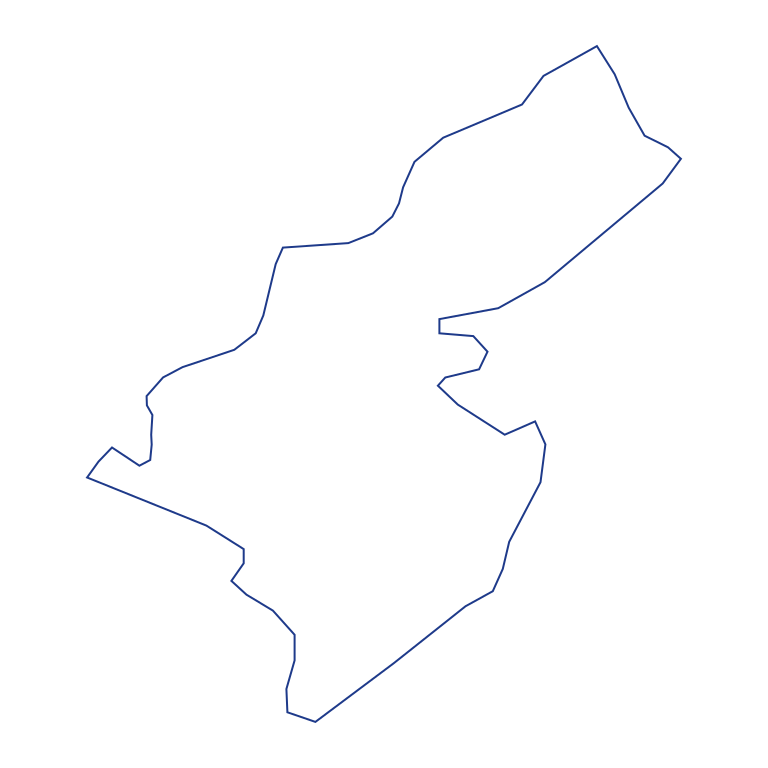 the border of Mangrove Cay
{"feature_id": "BHS-5021", "entity_name": "Mangrove Cay", "entity_type": "District", "adm_level": 1, "iso_a3": "BHS", "parent_name": "The Bahamas", "parent_adm1": "", "projection": "albers", "projection_center": [-77.793, 24.142], "detail": "fine", "context": "isolated", "style": "outline", "palette": "blue", "viewbox_px": 768, "rotation_deg": 0, "n_neighbors": 0, "source": "natural_earth", "source_scale": "10m", "svg_char_len": 890}
<svg xmlns="http://www.w3.org/2000/svg" viewBox="0 0 768 768"><path d="M315.4,721.9L287.4,712.3L286.4,689.0L294.6,660.4L294.6,634.8L272.9,610.6L246.5,594.7L231.4,580.9L243.7,563.3L243.7,549.1L206.4,525.6L87.1,477.5L98.5,461.6L112.0,447.5L139.4,465.7L150.2,460.0L151.7,444.6L151.2,434.7L152.4,415.0L146.9,405.4L146.6,396.1L163.1,377.4L182.6,367.1L234.3,349.8L255.7,333.3L263.3,315.5L275.7,264.1L282.9,247.6L348.3,243.1L373.0,233.3L392.3,216.6L399.0,203.4L403.1,187.3L414.5,161.8L443.2,137.7L522.0,104.5L543.5,75.9L596.9,46.1L614.7,74.3L628.7,107.7L644.6,135.7L668.0,147.3L680.9,158.8L662.7,183.5L544.9,282.1L498.2,308.2L439.4,319.1L439.4,333.3L473.3,336.1L487.5,351.7L479.1,369.3L445.3,377.5L437.9,385.7L457.8,404.6L504.7,434.7L535.1,421.4L545.4,444.4L540.5,482.2L509.2,541.8L502.8,568.9L492.8,591.2L465.6,606.2L393.9,663.1L315.4,721.9Z" fill="none" stroke="#1e3a8a" stroke-width="2"/></svg>